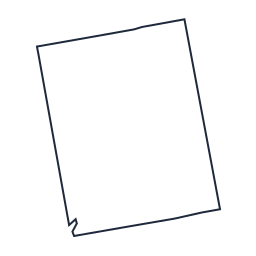 Henry, Missouri, United States of America, rotated 78°
{"feature_id": "52423323B86043249608215", "entity_name": "Henry", "entity_type": "district", "adm_level": 2, "iso_a3": "USA", "parent_name": "United States of America", "parent_adm1": "Missouri", "projection": "robinson", "projection_center": [-93.766, 38.384], "detail": "fine", "context": "isolated", "style": "outline", "palette": "slate", "viewbox_px": 256, "rotation_deg": 78, "n_neighbors": 0, "source": "geoboundaries", "source_scale": "gbopen_adm2", "svg_char_len": 346}
<svg xmlns="http://www.w3.org/2000/svg" viewBox="0 0 256 256"><g transform="rotate(78 128 128)"><path d="M32.8,101.3L32.2,120.1L29.4,200.1L38.2,200.3L210.7,205.8L206.3,198.2L210.7,197.9L217.8,203.9L222.4,203.2L224.2,154.5L226.3,101.4L226.0,73.5L226.6,54.9L33.4,50.2L32.1,93.3L32.8,101.3Z" fill="none" stroke="#1e293b" stroke-width="2"/></g></svg>